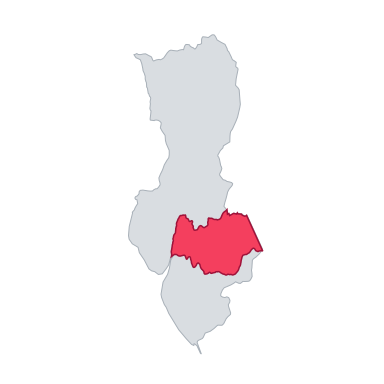 VII-2 Mazaruni/L.B.E.Rive, Cuyuni-Mazaruni, Guyana shown in context, rotated 189°
{"feature_id": "73187651B61605631045653", "entity_name": "VII-2 Mazaruni/L.B.E.Rive", "entity_type": "district", "adm_level": 2, "iso_a3": "GUY", "parent_name": "Guyana", "parent_adm1": "Cuyuni-Mazaruni", "projection": "equal_earth", "projection_center": [-59.626, 5.924], "detail": "fine", "context": "in_parent", "style": "filled", "palette": "rose", "viewbox_px": 384, "rotation_deg": 189, "n_neighbors": 0, "source": "geoboundaries", "source_scale": "gbopen_adm2", "svg_char_len": 9623}
<svg xmlns="http://www.w3.org/2000/svg" viewBox="0 0 384 384"><g transform="rotate(189 192 192)"><path d="M134.1,177.7L127.3,167.5L120.5,157.3L113.8,147.2L113.3,145.9L116.1,141.1L118.7,137.7L120.8,135.7L121.7,134.0L121.0,126.6L121.0,124.0L120.1,121.1L119.4,117.9L120.2,115.2L121.2,113.3L122.5,112.6L125.7,111.9L127.9,111.6L128.6,110.6L129.9,109.3L131.6,109.2L134.9,110.1L136.4,108.5L139.1,106.3L145.2,102.5L146.6,100.0L147.6,96.1L147.5,94.3L146.9,93.6L145.3,93.0L143.0,92.9L141.2,93.9L139.2,93.4L137.6,91.0L137.5,89.1L138.5,86.3L137.9,84.5L134.9,78.6L134.9,77.0L137.1,74.4L138.4,72.2L140.1,66.9L141.5,65.1L145.7,64.5L146.8,63.3L149.0,60.5L152.2,57.3L156.9,54.7L158.2,50.1L159.0,48.8L162.7,46.3L163.4,45.0L163.3,43.9L157.4,33.4L158.5,34.1L163.1,41.0L165.7,42.4L166.2,42.5L166.2,40.7L168.6,41.4L174.6,46.1L183.5,53.8L195.9,68.4L199.4,74.0L201.8,76.6L205.5,83.0L206.6,86.1L206.5,98.5L203.2,106.9L202.4,113.2L202.3,121.6L200.4,126.4L202.9,123.8L203.7,116.2L205.8,111.6L208.6,106.5L212.3,105.3L216.4,107.5L219.6,107.8L222.5,109.3L228.5,117.4L234.5,123.8L236.6,128.9L242.9,131.5L246.7,135.5L247.9,139.0L248.6,148.2L247.4,162.0L247.8,162.7L246.1,165.4L245.8,167.2L244.7,170.2L243.8,171.9L245.1,175.7L246.5,175.9L247.0,176.4L247.4,177.1L247.3,178.0L246.8,178.7L245.4,179.6L244.1,181.8L244.2,184.2L243.4,185.5L240.8,186.2L235.7,186.2L233.2,186.4L231.2,186.8L229.9,188.4L228.3,189.5L227.0,189.7L225.8,191.5L224.6,194.1L225.0,195.9L226.2,198.3L226.9,200.7L226.0,204.6L225.0,207.7L224.4,210.0L223.6,214.5L221.7,219.4L220.3,222.2L220.3,225.2L221.0,229.5L225.0,235.8L226.3,238.8L227.4,243.6L231.0,247.4L233.3,250.4L233.1,254.5L233.4,255.7L234.8,256.8L236.5,257.5L238.4,257.5L240.1,257.1L240.5,256.6L244.4,256.5L244.8,257.5L245.0,263.3L245.2,265.7L246.1,266.6L246.7,268.1L246.7,269.4L246.9,272.7L247.5,274.4L247.4,277.9L247.8,279.1L248.9,280.0L250.2,282.5L250.8,282.8L251.0,283.7L252.2,287.3L252.8,288.3L253.2,288.5L253.4,289.7L254.2,293.0L254.8,293.8L255.9,296.3L256.3,298.9L257.8,301.9L259.3,304.1L259.9,306.2L261.8,311.1L263.7,314.5L266.1,315.3L268.2,315.8L269.5,317.1L270.8,318.5L269.4,319.2L268.2,320.1L266.5,319.4L264.1,319.7L261.7,320.7L259.4,321.2L255.1,319.7L253.8,319.4L253.0,318.8L251.2,315.8L250.3,315.4L248.1,316.8L245.3,317.8L244.0,317.6L242.4,318.6L240.9,320.0L238.1,325.8L236.6,327.9L235.1,328.8L232.0,328.8L228.6,329.0L226.1,330.4L223.8,331.2L222.6,331.2L222.2,334.5L221.7,335.9L221.0,336.8L219.1,337.0L217.5,336.9L216.5,335.6L214.7,334.9L213.0,334.5L212.0,333.7L211.1,333.9L210.4,335.2L209.9,336.4L209.4,338.5L206.9,339.1L205.8,340.3L206.4,344.3L206.2,345.8L205.6,347.0L202.6,347.2L200.1,347.1L198.6,348.6L196.8,350.3L195.7,350.6L194.4,350.5L192.6,348.5L191.0,346.1L186.7,344.4L182.5,343.0L179.8,339.2L179.1,337.3L177.8,336.5L174.6,331.9L172.8,329.0L170.8,328.2L168.6,327.0L168.6,324.9L168.5,322.9L167.5,322.0L166.2,321.5L165.7,320.3L165.8,317.7L166.1,310.8L165.7,304.2L162.7,301.9L161.4,300.3L159.1,290.6L158.0,286.2L158.0,282.9L158.7,273.2L159.6,269.0L161.9,260.6L163.3,257.7L163.4,255.6L163.2,252.8L162.5,247.4L166.5,244.0L168.2,242.6L168.4,240.3L170.5,237.4L171.5,234.6L172.3,232.5L172.0,231.3L171.1,230.6L170.0,228.6L167.8,222.6L166.9,221.4L166.2,219.8L166.6,217.2L167.5,214.3L167.4,213.1L166.0,211.6L163.2,209.0L160.9,208.8L159.1,207.9L156.4,207.8L154.3,207.5L153.1,206.5L153.3,205.0L153.9,203.8L155.7,200.8L156.8,197.6L157.0,194.5L157.4,190.4L157.9,186.8L158.2,182.8L155.4,180.2L154.5,178.0L153.3,176.1L152.0,176.1L150.1,175.3L147.1,177.8L144.8,177.3L143.1,178.3L139.4,178.1L137.0,176.8L134.1,177.7Z" fill="#d9dde1" stroke="#a8b0b8" stroke-width="1"/><path d="M202.3,125.2L202.3,124.9L201.7,125.6L201.4,125.9L201.2,126.2L201.0,126.4L200.1,127.1L199.8,127.4L199.6,127.6L199.3,127.6L198.9,127.6L198.3,127.8L198.0,127.8L197.3,127.8L197.0,127.6L196.4,127.3L195.8,127.0L195.5,126.9L194.8,126.8L194.5,126.8L194.1,126.8L193.7,126.8L193.4,127.0L192.7,127.2L192.4,127.4L191.6,127.7L191.4,127.8L191.1,128.0L190.8,128.1L190.1,128.3L189.5,128.3L189.2,128.2L188.9,128.0L188.7,127.7L188.6,127.4L188.3,127.1L188.2,126.8L188.0,126.5L187.8,126.2L187.3,125.2L187.1,125.0L186.7,124.8L186.2,125.2L185.9,125.9L185.8,126.3L185.5,127.0L185.1,127.3L184.9,127.5L184.6,127.6L184.2,127.7L183.9,127.5L183.6,127.4L183.4,127.1L183.1,126.3L183.0,125.9L182.9,125.6L182.7,125.1L182.4,124.6L182.2,124.2L182.0,123.8L181.8,123.5L181.7,122.7L181.5,122.3L181.2,121.4L181.0,121.1L180.8,120.8L180.4,120.2L179.8,119.0L179.5,118.7L179.3,118.3L179.0,118.0L178.7,117.9L178.4,117.8L178.1,117.9L177.5,118.3L177.3,118.5L176.9,119.2L176.7,119.5L176.5,119.9L176.2,120.6L176.1,121.0L175.9,121.9L175.7,122.2L175.5,122.4L175.3,122.6L175.0,122.8L174.7,122.9L174.4,122.8L174.2,122.5L173.6,122.2L173.3,122.0L173.0,121.8L172.8,121.3L172.6,121.0L172.5,120.5L172.3,120.2L172.2,119.9L172.0,119.4L171.5,118.6L171.3,118.3L171.0,117.9L170.4,117.3L170.1,117.1L169.8,117.0L169.6,116.8L169.0,116.3L168.7,116.1L168.2,115.6L167.9,115.3L167.7,115.0L167.5,114.1L167.4,113.8L167.2,113.5L166.9,113.2L166.6,113.1L166.3,112.9L166.0,113.0L165.7,113.1L165.0,113.3L164.4,113.5L163.3,114.3L163.0,114.5L162.8,114.9L162.5,115.1L162.2,115.3L161.9,115.5L161.6,115.4L161.0,115.0L160.8,114.8L160.5,114.7L160.1,114.7L159.4,115.0L159.1,115.1L158.9,115.3L158.5,115.4L157.8,115.7L157.5,115.8L157.3,115.9L157.0,116.0L156.6,116.1L156.3,116.4L156.1,116.7L155.8,117.0L155.5,117.1L155.1,117.1L154.8,117.2L154.5,117.1L154.2,117.3L153.6,117.5L153.3,117.5L153.0,117.5L152.6,117.4L152.2,117.4L151.9,117.2L151.0,116.7L150.4,116.5L150.1,116.4L149.1,116.0L148.8,115.9L148.5,115.9L148.2,115.8L147.8,115.8L147.5,115.8L147.1,115.8L146.8,115.7L146.4,115.5L145.7,115.3L145.0,115.4L144.7,115.5L144.1,116.1L143.8,116.3L143.4,116.4L142.9,116.4L142.0,116.3L141.7,116.3L141.4,116.4L141.0,116.6L140.8,116.7L139.9,116.6L139.6,116.5L139.2,116.4L138.6,116.5L137.8,116.9L137.4,117.2L137.1,117.3L136.8,117.5L136.5,117.8L136.3,117.9L135.7,118.9L135.5,119.4L135.3,119.7L134.9,120.1L134.8,120.4L134.3,121.3L134.2,121.7L133.9,122.5L133.8,123.0L133.6,124.7L133.5,125.4L133.1,126.1L133.0,126.6L132.8,127.1L132.7,127.6L132.7,128.8L132.7,129.7L132.6,130.6L132.7,131.0L132.7,131.6L132.7,132.1L132.7,132.6L132.6,133.2L132.5,133.8L132.5,134.4L132.5,135.0L132.4,135.4L132.3,135.9L132.2,136.2L132.1,136.6L132.0,137.1L131.9,137.4L131.3,137.8L130.9,138.0L130.6,138.1L129.6,138.6L129.2,138.7L128.8,138.7L128.5,138.8L128.2,139.0L127.4,139.8L127.0,140.2L126.7,140.4L126.4,140.6L126.1,140.8L125.8,141.2L125.5,141.7L125.0,142.7L124.6,143.7L124.0,144.7L123.7,145.0L123.4,145.4L123.2,145.6L123.0,145.9L122.7,146.0L122.4,146.1L122.1,146.1L121.5,145.7L120.9,145.4L120.6,145.0L120.4,144.7L120.2,144.4L120.0,144.1L119.7,144.0L118.8,143.8L118.4,143.6L117.8,143.5L117.4,143.5L117.1,143.7L116.8,144.0L116.5,144.2L116.2,144.3L115.5,144.4L114.6,144.9L113.4,144.9L113.4,145.1L113.2,145.2L134.4,177.4L134.7,176.9L136.1,176.3L138.7,176.9L139.6,177.9L143.4,177.6L144.0,178.5L144.6,177.2L147.6,177.4L151.1,174.6L152.3,176.6L153.5,175.6L154.7,180.1L155.2,179.3L155.7,178.7L155.9,178.4L156.7,177.8L156.9,177.5L157.2,177.2L157.7,176.5L158.1,175.8L158.4,174.9L158.5,174.5L158.6,174.0L158.8,173.7L159.0,172.4L159.2,172.0L159.2,171.6L159.3,171.1L159.6,170.7L159.8,170.2L160.0,169.9L160.3,169.7L160.6,169.3L161.1,169.1L161.5,168.9L161.8,168.8L162.2,168.7L162.5,168.4L162.9,168.4L163.2,168.6L163.6,168.7L163.9,168.7L164.7,168.5L165.1,168.4L165.4,168.4L166.1,168.4L166.5,168.5L166.8,168.6L167.8,169.0L168.3,169.1L168.6,169.1L169.6,168.9L169.9,168.9L170.3,168.6L170.6,168.7L171.0,169.0L171.3,169.0L171.4,168.9L171.7,168.5L171.8,168.2L171.8,167.7L171.7,167.3L171.6,166.9L171.6,166.4L171.5,165.9L171.7,165.1L171.7,164.7L171.6,163.9L171.3,163.1L171.2,162.5L171.2,162.0L171.3,161.7L171.5,161.3L171.7,161.0L172.3,160.4L173.1,159.8L173.6,159.3L173.9,159.1L174.2,158.8L174.5,158.7L174.9,158.7L175.2,158.8L175.6,159.0L176.7,159.6L177.1,159.9L177.7,160.1L178.1,160.1L178.4,160.1L178.7,159.9L179.0,159.7L179.5,159.2L179.7,158.8L179.8,158.5L180.0,157.6L180.3,157.3L180.4,156.9L180.4,156.5L180.8,155.7L181.0,155.5L182.6,154.9L182.9,154.7L183.3,154.7L183.6,154.7L183.9,154.8L184.2,155.0L184.4,155.3L184.5,155.7L184.7,156.0L185.0,156.4L185.2,156.8L185.4,157.1L185.3,157.5L185.4,158.0L185.4,158.4L185.6,158.6L185.9,159.0L186.1,159.2L186.4,159.5L187.0,160.3L187.1,160.6L187.0,161.0L186.9,161.4L186.8,162.0L186.8,162.5L186.9,163.0L187.1,163.3L187.4,163.5L187.7,163.6L188.0,163.5L188.7,163.1L189.0,162.8L189.2,162.7L189.6,162.5L189.9,162.6L190.2,162.8L190.5,163.0L190.9,163.8L191.3,164.2L191.7,164.7L191.9,165.0L192.5,165.0L193.1,165.1L193.4,165.3L193.7,165.5L193.9,165.7L194.1,166.0L194.2,166.4L194.4,167.2L194.6,167.7L194.9,168.2L195.4,168.1L195.7,168.0L196.0,167.9L196.3,167.8L196.6,167.8L196.9,167.9L197.2,167.9L197.5,167.7L197.8,167.5L198.8,167.1L199.0,167.0L199.4,167.0L199.6,167.0L199.9,166.8L200.1,166.5L200.5,165.9L200.8,164.7L201.0,164.2L201.3,163.5L201.5,163.1L201.6,162.6L201.7,162.1L201.7,161.7L201.9,161.2L202.4,159.0L202.4,158.6L202.4,158.2L202.3,157.8L202.1,157.0L202.0,156.5L202.0,155.9L202.0,155.5L202.2,155.2L202.2,154.3L202.3,153.3L202.2,152.8L202.1,150.9L202.1,150.5L202.0,150.0L202.0,149.6L202.0,149.2L202.1,148.7L202.5,147.9L203.1,146.8L203.2,146.4L203.3,145.5L203.3,145.0L203.3,144.1L203.3,143.7L203.4,143.3L203.5,142.9L203.4,142.4L203.2,142.0L203.0,141.6L202.8,141.2L202.8,140.6L202.9,140.0L203.1,139.7L203.1,139.3L203.0,138.9L203.0,138.6L203.0,138.1L203.0,137.7L203.1,137.2L203.2,136.7L203.2,136.3L203.1,135.8L203.1,134.9L203.1,133.7L203.1,133.2L203.1,132.7L203.1,131.7L203.1,131.2L203.2,130.6L203.1,129.5L203.0,129.2L202.8,128.7L202.7,128.4L202.6,127.9L202.4,127.3L202.2,126.8L202.2,126.3L202.3,125.2Z" fill="#f43f5e" stroke="#9f1239" stroke-width="1.5"/></g></svg>